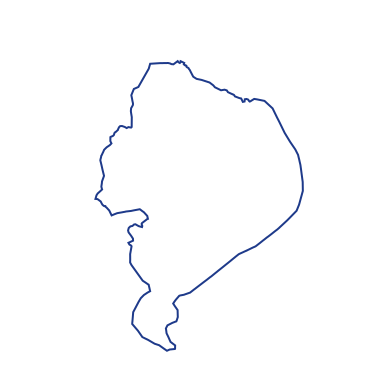 Dawran Anis, Dhamar, Yemen (orthographic projection), rotated 64°
{"feature_id": "15242507B11667753358697", "entity_name": "Dawran Anis", "entity_type": "district", "adm_level": 2, "iso_a3": "YEM", "parent_name": "Yemen", "parent_adm1": "Dhamar", "projection": "orthographic", "projection_center": [44.103, 14.829], "detail": "fine", "context": "isolated", "style": "outline", "palette": "blue", "viewbox_px": 384, "rotation_deg": 64, "n_neighbors": 0, "source": "geoboundaries", "source_scale": "gbopen_adm2", "svg_char_len": 3861}
<svg xmlns="http://www.w3.org/2000/svg" viewBox="0 0 384 384"><g transform="rotate(64 192 192)"><path d="M262.2,128.7L259.2,118.8L257.9,115.1L254.7,106.2L250.3,101.3L239.6,91.9L231.5,88.1L219.2,84.0L215.2,82.7L211.3,81.8L210.6,81.6L206.4,80.7L205.2,80.4L199.0,80.5L190.1,81.8L188.1,82.0L179.4,82.8L177.4,82.8L174.9,82.8L174.4,82.8L169.7,82.8L166.9,82.8L162.4,82.9L152.2,82.9L141.9,86.9L137.3,92.9L135.6,95.3L135.9,98.3L136.1,99.8L136.0,100.5L135.3,100.8L133.6,101.0L132.3,102.2L131.8,103.9L133.7,105.1L133.3,106.8L129.5,106.8L128.4,108.2L128.0,108.6L124.9,111.5L123.2,111.7L118.1,115.9L115.9,116.2L114.3,117.9L113.3,121.3L107.9,125.5L105.5,126.1L101.3,128.2L95.5,134.2L92.3,138.3L89.0,140.3L87.8,140.4L83.3,140.5L81.4,140.5L80.1,140.8L79.1,140.8L78.7,141.0L78.0,141.6L77.4,141.9L76.7,142.1L76.1,141.7L75.2,142.2L74.9,142.9L73.6,143.4L72.6,142.4L71.2,143.5L69.5,144.9L70.4,145.5L70.7,146.4L69.4,147.3L68.1,147.5L69.1,152.7L68.0,154.5L67.0,155.2L65.6,156.9L64.6,159.1L62.8,162.9L62.1,164.4L58.4,173.4L62.2,176.8L74.1,194.2L73.9,199.1L78.4,204.1L81.5,204.9L82.6,205.2L83.2,205.4L85.2,205.9L85.7,206.0L86.7,206.3L87.8,206.9L87.9,207.0L88.8,208.2L90.0,210.0L92.5,211.5L94.3,212.1L98.3,213.3L107.1,217.7L107.4,218.4L107.4,218.5L105.8,220.7L105.9,222.7L104.1,223.9L102.0,226.0L101.3,227.7L101.5,228.3L101.8,229.2L103.0,230.7L103.5,231.2L103.7,231.3L104.3,233.2L104.6,234.2L104.5,234.5L105.1,236.0L106.2,236.9L106.5,237.2L106.9,238.3L106.9,239.5L106.8,240.5L106.9,241.3L110.5,243.1L112.3,243.1L113.0,243.1L113.6,244.6L113.7,244.9L113.9,245.6L114.4,249.1L115.5,252.4L117.3,254.5L117.9,255.3L119.3,257.0L119.7,257.7L119.9,257.8L121.1,258.7L121.8,259.3L122.1,259.6L123.3,260.5L128.3,261.6L132.9,262.7L138.9,264.0L139.9,265.0L143.1,268.3L144.5,269.1L145.5,269.8L147.4,271.1L148.2,271.3L150.1,271.7L150.3,271.7L150.5,272.3L150.9,273.6L151.5,275.7L152.0,277.5L152.2,277.8L153.1,279.3L155.9,281.8L156.8,280.3L157.0,280.0L160.5,278.2L162.0,278.2L164.0,278.1L165.8,277.4L166.6,276.2L166.9,276.4L168.6,275.6L171.7,274.7L172.2,274.5L172.3,274.5L176.8,274.5L177.8,274.5L178.0,271.3L178.2,268.8L178.4,267.9L179.6,263.8L179.8,263.0L180.4,260.9L180.6,259.9L182.3,255.1L182.9,252.7L184.6,246.5L185.1,246.2L187.5,245.0L189.1,244.1L189.5,244.0L193.9,242.7L195.1,243.0L196.1,243.2L196.3,243.3L196.8,243.4L196.7,244.1L198.0,250.5L198.6,251.3L199.5,251.4L200.8,251.6L201.6,252.3L199.3,254.9L196.2,257.0L195.8,258.3L196.4,260.4L195.9,262.4L196.4,264.1L196.6,264.6L196.8,264.8L198.3,266.1L198.5,266.3L200.5,266.7L204.7,265.9L208.0,265.5L209.9,266.3L209.8,271.4L211.7,271.3L213.6,270.1L214.4,270.2L215.1,270.7L220.7,274.8L225.7,277.2L228.2,278.5L229.3,278.5L231.3,278.4L250.1,275.2L253.0,273.5L256.2,271.7L256.3,271.6L260.7,272.6L261.0,272.7L262.8,273.1L262.9,275.9L263.5,280.4L265.0,284.6L267.3,288.1L274.2,297.5L282.4,302.4L282.5,302.5L284.4,303.6L293.0,301.4L300.7,300.2L305.8,296.2L312.0,292.1L315.3,288.7L320.5,285.9L323.7,284.1L323.8,281.1L325.6,276.2L325.4,275.9L324.4,275.4L324.0,275.2L322.5,274.4L322.3,274.5L317.9,276.7L317.4,277.0L311.4,276.8L308.0,276.8L307.5,276.7L306.7,276.4L304.0,275.5L303.2,275.3L301.4,272.9L301.1,272.5L301.1,272.4L301.0,267.0L301.3,263.5L301.4,262.8L301.1,262.4L298.2,259.6L291.8,256.7L286.7,257.5L284.0,257.8L282.8,255.8L282.3,254.8L281.8,253.9L279.7,249.0L279.8,248.0L280.8,244.4L281.5,238.4L281.6,237.9L280.4,232.3L280.3,231.5L280.1,230.7L279.9,229.7L278.1,220.8L277.4,217.2L277.1,215.8L276.5,213.0L276.4,212.2L276.1,210.8L275.2,207.0L274.6,204.3L274.3,203.1L273.9,201.3L272.9,196.8L272.0,192.9L271.7,191.5L269.6,182.6L269.5,182.0L269.4,181.8L268.7,178.6L268.5,177.7L268.4,177.2L268.4,176.0L268.6,167.1L268.6,166.6L268.6,161.7L268.7,159.6L268.7,158.6L267.6,153.3L266.6,148.9L266.5,148.3L265.7,144.7L265.4,142.9L264.6,139.0L263.6,134.5L263.0,131.4L262.8,130.8L262.4,129.2L262.2,128.8L262.2,128.7Z" fill="none" stroke="#1e3a8a" stroke-width="2"/></g></svg>